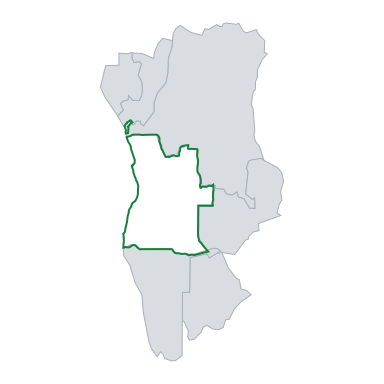 Angola highlighted, Equal Earth projection
{"feature_id": "AGO", "entity_name": "Angola", "entity_type": "country or territory", "adm_level": 0, "iso_a3": "AGO", "parent_name": "Africa", "parent_adm1": "", "projection": "equal_earth", "projection_center": [17.424, -11.224], "detail": "fine", "context": "with_neighbors", "style": "outline", "palette": "green", "viewbox_px": 384, "rotation_deg": 0, "n_neighbors": 6, "source": "natural_earth", "source_scale": "50m", "svg_char_len": 7576}
<svg xmlns="http://www.w3.org/2000/svg" viewBox="0 0 384 384"><path d="M253.1,108.9L254.8,130.2L254.0,135.4L255.4,141.2L259.7,146.8L263.6,159.4L260.6,158.4L248.7,161.3L246.5,167.7L248.1,172.1L245.6,193.9L252.6,199.5L254.7,197.7L255.1,208.4L249.5,208.3L243.9,198.6L238.3,197.2L236.7,192.0L232.1,195.2L226.2,193.8L223.8,189.3L215.7,188.6L215.3,185.5L209.4,184.6L199.7,186.8L200.2,175.0L197.7,171.3L197.2,165.1L198.3,159.1L196.8,155.2L196.7,149.0L187.7,149.0L188.4,145.4L184.6,145.5L184.2,147.2L179.6,147.6L176.6,155.9L172.5,154.5L165.1,156.7L160.6,148.3L156.6,134.8L134.6,134.7L126.8,137.0L125.8,133.9L127.7,132.9L129.1,125.9L131.8,123.8L133.7,124.8L136.3,121.0L140.3,121.1L140.8,123.9L143.6,125.7L154.2,111.3L153.9,103.1L157.2,93.3L165.5,83.3L166.4,80.1L167.8,72.9L168.3,58.3L172.0,46.7L173.1,33.6L176.0,28.5L180.0,25.3L190.8,32.4L201.9,35.3L205.1,28.5L208.5,29.5L216.8,24.5L219.7,26.6L222.1,26.3L223.2,23.9L226.0,23.0L236.4,24.3L238.8,23.3L243.4,31.5L246.7,32.8L256.3,29.6L258.1,33.9L264.7,40.6L264.3,52.3L267.3,53.7L262.0,59.9L257.6,69.8L257.2,77.9L255.5,81.7L255.4,89.3L253.2,92.1L251.2,104.3L253.1,108.9Z" fill="#d9dde1" stroke="#a8b0b8" stroke-width="1"/><path d="M251.1,294.8L240.8,301.9L234.2,309.1L229.4,319.1L225.5,319.9L223.3,327.4L218.7,329.6L213.0,329.1L206.6,325.3L203.1,327.5L201.3,332.1L194.3,339.1L189.3,340.1L187.7,336.8L188.4,331.0L184.3,322.0L182.4,320.5L182.5,292.5L189.6,292.2L190.1,257.5L206.8,253.8L209.5,257.8L214.2,254.0L221.9,252.5L228.2,267.7L236.2,278.4L239.2,279.4L241.1,289.0L246.7,290.5L251.1,294.8Z" fill="#d9dde1" stroke="#a8b0b8" stroke-width="1"/><path d="M182.5,292.5L182.1,355.5L175.8,360.3L172.0,361.0L164.5,358.5L163.3,354.5L160.5,351.9L157.2,356.6L151.9,349.5L149.1,342.6L143.2,311.8L142.0,295.0L135.3,283.1L129.8,265.3L123.8,255.8L123.2,248.2L131.1,244.7L135.8,245.0L140.2,249.4L170.9,248.3L175.9,253.0L193.5,254.4L213.0,248.2L217.7,248.7L220.5,251.0L209.5,257.8L206.8,253.8L190.1,257.5L189.6,292.2L182.5,292.5Z" fill="#d9dde1" stroke="#a8b0b8" stroke-width="1"/><path d="M172.4,40.6L172.0,46.7L168.3,58.3L167.8,72.9L166.4,80.1L165.5,83.3L157.2,93.3L153.9,103.1L154.2,111.3L143.6,125.7L140.8,123.9L140.3,121.1L136.3,121.0L133.7,124.8L129.0,120.4L123.7,126.4L117.6,115.8L123.3,110.2L120.4,103.6L123.0,101.1L128.0,99.8L128.6,95.4L132.6,100.2L139.2,100.6L141.5,95.9L142.4,89.2L141.6,81.4L138.1,75.4L141.3,63.8L139.4,61.8L133.9,62.6L131.8,57.4L132.3,53.0L141.7,53.4L153.7,58.5L154.2,53.0L158.1,43.7L162.6,38.4L172.4,40.6Z" fill="#d9dde1" stroke="#a8b0b8" stroke-width="1"/><path d="M118.9,53.1L127.0,53.8L131.4,52.5L132.3,53.0L131.8,57.4L133.9,62.6L139.4,61.8L141.3,63.8L138.1,75.4L141.6,81.4L142.4,89.2L141.5,95.9L139.2,100.6L132.6,100.2L128.6,95.4L128.0,99.8L123.0,101.1L120.4,103.6L123.3,110.2L117.6,115.8L105.0,97.3L100.4,87.0L105.6,65.7L119.0,65.2L118.9,53.1Z" fill="#d9dde1" stroke="#a8b0b8" stroke-width="1"/><path d="M260.6,158.4L278.4,168.3L281.8,172.8L283.6,181.2L280.6,192.0L281.9,200.2L279.5,203.7L277.0,212.9L280.8,215.4L258.4,223.6L258.9,230.6L253.3,232.0L249.1,235.9L248.1,239.3L245.5,240.1L234.8,254.5L221.9,252.5L217.7,248.7L213.0,248.2L207.0,250.4L197.4,236.2L198.0,204.8L213.3,204.9L212.7,201.5L213.9,197.8L212.6,193.1L213.5,188.3L212.7,185.2L215.3,185.5L215.7,188.6L223.8,189.3L226.2,193.8L232.1,195.2L236.7,192.0L238.3,197.2L243.9,198.6L249.5,208.3L255.1,208.4L254.7,197.7L252.6,199.5L245.6,193.9L248.1,172.1L246.5,167.7L248.7,161.3L250.7,160.1L260.6,158.4Z" fill="#d9dde1" stroke="#a8b0b8" stroke-width="1"/><path d="M213.1,184.7L213.3,186.0L213.4,187.8L213.5,189.1L213.6,189.7L213.7,190.0L213.5,190.3L213.4,191.1L213.2,191.8L213.1,192.3L213.2,193.2L213.1,194.4L213.0,195.8L213.0,197.1L213.2,199.4L213.2,200.1L212.8,201.3L212.6,202.2L212.4,203.3L212.3,203.8L213.0,205.4L212.9,205.7L212.4,205.8L212.0,205.8L210.5,205.8L208.3,205.8L206.1,205.8L203.9,205.8L201.9,205.8L200.0,205.8L198.3,205.8L198.3,207.4L198.3,210.6L198.3,213.7L198.2,216.9L198.2,220.1L198.2,223.2L198.2,226.4L198.1,229.6L198.1,232.7L198.1,235.0L198.5,238.0L199.3,241.3L199.6,241.6L200.4,242.2L201.5,243.5L202.2,244.4L203.4,246.0L205.1,248.1L206.7,249.9L208.2,251.6L205.9,252.1L202.6,252.9L200.5,253.5L197.8,254.2L196.0,254.6L193.8,255.1L193.5,255.1L192.9,254.7L191.6,254.6L190.1,255.1L188.9,255.3L188.1,255.0L187.2,254.6L186.4,254.0L184.9,253.7L182.9,253.9L180.9,253.8L179.0,253.4L177.6,253.2L176.8,253.3L175.9,253.2L175.0,252.8L174.2,252.2L173.2,250.9L172.5,249.6L172.3,249.4L172.1,249.3L171.8,249.2L169.7,249.2L167.8,249.1L166.6,249.1L163.8,249.1L161.0,249.1L158.2,249.1L155.5,249.1L152.7,249.1L149.9,249.1L147.1,249.1L144.3,249.1L142.8,249.1L141.4,249.2L139.9,249.3L139.7,249.2L139.3,249.1L139.1,248.8L138.3,248.1L137.5,247.6L136.6,246.7L135.9,245.7L135.4,245.4L134.5,245.2L133.8,245.0L133.2,245.0L132.2,245.4L131.4,245.9L130.9,246.3L130.0,246.9L129.2,247.4L127.8,247.3L127.5,247.4L126.7,247.3L126.0,246.9L125.3,246.9L124.5,247.5L123.3,247.7L123.5,244.0L123.8,242.4L123.8,240.4L123.6,235.3L123.4,234.6L123.2,233.8L123.9,233.2L124.3,232.7L124.8,231.9L125.1,230.7L125.5,228.1L127.0,222.0L127.7,216.1L128.6,213.3L128.9,210.2L131.4,206.1L132.0,203.6L133.3,202.4L135.2,201.1L136.5,198.7L137.2,197.1L137.9,194.0L137.9,190.8L138.3,186.5L138.2,185.3L137.5,183.5L137.4,182.3L136.7,181.1L136.0,180.2L135.7,178.6L134.5,176.0L134.1,174.3L133.5,173.0L133.4,171.5L133.1,169.9L132.5,168.3L131.9,166.5L131.9,165.9L132.3,165.3L132.6,165.0L132.5,165.4L132.3,165.8L132.4,166.1L134.6,162.9L134.7,162.3L134.7,161.6L134.7,160.7L134.7,159.7L132.6,153.8L130.9,148.4L130.6,145.6L128.3,141.9L127.4,139.6L126.9,137.9L126.5,137.3L126.7,137.0L127.2,136.9L128.5,136.5L130.3,136.1L131.9,135.1L132.4,134.7L133.2,134.6L134.1,134.8L134.4,134.7L134.6,134.6L136.7,134.6L137.5,134.6L139.1,134.6L140.1,134.7L140.7,134.8L142.3,135.0L144.2,134.9L144.9,134.8L147.4,134.8L149.9,134.7L152.1,134.7L154.6,134.7L156.5,134.7L157.4,135.0L158.2,135.7L158.5,136.3L158.7,136.5L158.9,137.2L159.3,137.7L159.5,138.4L159.4,139.5L159.4,140.8L159.7,142.2L160.2,143.8L161.0,145.4L161.3,146.7L161.2,147.6L161.5,148.6L162.1,149.7L162.5,150.2L162.8,150.7L163.4,152.3L164.7,154.9L165.6,156.8L165.9,157.0L166.4,157.0L167.4,156.8L168.4,156.7L169.1,157.1L169.4,157.1L170.5,156.3L171.5,156.0L172.6,155.7L173.2,155.4L173.9,155.4L175.7,156.0L176.0,156.1L177.5,156.1L179.0,155.7L179.2,153.1L179.2,152.6L179.6,151.6L180.0,150.8L180.1,150.0L180.1,148.8L180.4,147.5L181.4,146.4L183.0,145.9L183.9,145.8L185.3,145.5L187.5,145.2L188.3,145.2L188.3,145.4L187.9,147.3L187.9,147.9L188.0,148.5L188.4,148.8L190.7,148.9L192.7,148.9L195.1,149.0L196.9,149.1L197.1,149.2L197.3,149.3L197.6,150.3L197.5,152.1L197.1,154.7L197.2,157.2L197.9,159.5L198.0,163.0L197.7,165.1L197.4,167.7L197.3,170.7L197.6,172.0L198.3,173.3L199.3,174.6L200.1,176.4L200.6,178.6L200.8,180.0L200.7,180.5L200.7,181.5L200.9,182.9L200.7,183.8L200.1,184.3L199.9,184.9L200.2,186.1L200.2,187.2L200.5,187.6L200.6,187.9L200.9,187.9L201.5,187.6L202.2,186.8L202.7,186.5L203.5,186.6L204.6,186.8L206.5,186.8L207.1,186.7L208.9,185.7L209.4,185.7L210.1,185.8L211.1,186.0L212.1,186.1L212.6,185.8L212.7,185.4L212.8,184.9L213.1,184.7ZM132.4,122.3L132.2,122.5L131.4,123.0L130.5,123.4L129.4,125.1L128.8,125.8L128.6,126.0L128.1,126.4L127.7,126.7L127.8,126.9L128.0,127.1L128.3,127.5L128.3,130.3L128.1,133.0L127.3,133.3L126.3,133.5L126.0,133.6L125.9,133.3L125.6,132.3L125.7,131.4L125.9,130.7L125.7,129.3L125.2,128.0L124.7,126.4L124.5,126.0L125.0,125.5L125.6,124.4L125.9,123.8L126.7,123.7L127.0,123.2L127.2,122.6L127.2,122.2L128.1,121.9L129.1,121.3L129.7,120.7L130.3,120.3L130.7,120.3L130.9,120.4L131.6,121.5L132.2,122.2L132.4,122.3Z" fill="none" stroke="#15803d" stroke-width="2"/></svg>